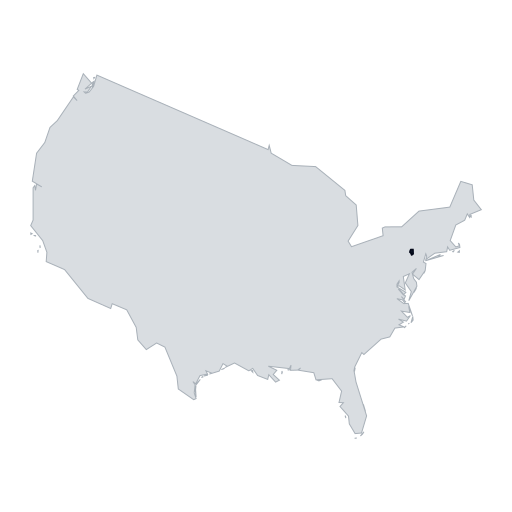 location of Lackawanna, Pennsylvania, United States of America
{"feature_id": "52423323B11679066299223", "entity_name": "Lackawanna", "entity_type": "district", "adm_level": 2, "iso_a3": "USA", "parent_name": "United States of America", "parent_adm1": "Pennsylvania", "projection": "orthographic", "projection_center": [-75.639, 41.402], "detail": "fine", "context": "in_parent", "style": "filled", "palette": "ink", "viewbox_px": 512, "rotation_deg": 0, "n_neighbors": 0, "source": "geoboundaries", "source_scale": "gbopen_adm2", "svg_char_len": 4067}
<svg xmlns="http://www.w3.org/2000/svg" viewBox="0 0 512 512"><path d="M419.0,211.1L449.8,207.1L460.8,181.4L472.2,184.8L473.8,200.1L481.3,209.7L469.9,214.4L469.5,217.3L467.3,213.9L464.7,220.2L455.8,225.0L450.2,240.6L455.8,246.9L459.4,245.8L458.3,243.0L459.5,244.3L459.9,247.5L449.7,250.3L447.6,246.9L446.7,251.7L434.8,253.2L425.8,259.5L426.7,256.1L425.8,253.8L423.4,262.1L426.0,263.5L425.2,270.5L419.0,279.6L412.5,274.1L416.4,268.4L412.0,272.3L413.7,278.6L416.4,282.2L416.9,286.2L408.8,300.7L411.3,291.6L405.3,282.9L409.4,273.8L403.3,276.5L405.2,290.0L399.3,285.9L397.3,286.3L399.2,282.1L399.1,280.8L397.0,284.1L396.9,286.9L405.9,292.3L403.8,294.6L399.8,289.9L398.3,289.1L403.3,294.8L405.5,295.9L404.1,299.3L401.4,296.6L405.6,301.8L404.6,302.5L402.5,299.9L396.9,298.6L403.8,303.6L408.2,303.4L412.5,315.9L408.7,306.3L409.8,312.5L401.4,311.1L407.4,317.3L410.4,315.6L406.5,321.1L398.5,319.1L403.4,322.1L399.0,324.8L404.0,326.9L394.9,328.1L389.8,336.9L381.1,339.1L363.9,354.5L361.8,352.6L354.7,367.0L354.0,370.6L356.0,382.0L366.6,415.9L361.5,433.0L355.1,433.6L349.3,423.9L348.5,416.1L340.0,406.5L343.4,402.7L339.0,402.5L341.6,391.1L332.1,378.7L316.0,379.8L313.8,372.7L298.4,370.2L300.6,367.9L297.6,370.1L290.5,370.3L291.0,365.1L289.4,368.6L268.3,366.2L276.8,370.3L273.2,374.5L279.4,380.2L275.6,382.1L268.8,374.7L267.7,379.4L257.6,375.5L252.7,368.4L248.8,370.8L234.5,363.0L224.8,367.6L227.3,366.3L223.0,363.6L219.2,371.1L209.3,374.1L211.7,373.1L205.9,370.8L207.5,374.0L200.0,375.6L195.7,383.8L192.9,381.6L195.1,384.7L194.2,392.9L196.1,398.6L193.7,399.7L178.3,389.0L176.9,376.1L164.9,347.1L156.6,343.0L146.3,349.6L137.8,339.9L136.2,327.4L126.7,309.8L112.2,303.7L110.7,308.5L87.9,298.4L64.6,269.6L46.2,261.6L46.9,252.3L42.7,240.6L30.7,225.6L33.1,220.1L33.1,187.8L34.8,185.5L35.5,190.3L36.6,184.0L41.8,186.9L32.3,181.2L36.6,153.2L44.8,142.5L50.0,127.4L57.3,120.6L73.4,96.9L77.1,100.6L73.3,96.0L78.8,90.4L77.2,89.4L83.3,73.7L91.6,83.2L85.0,89.1L91.5,86.2L87.4,92.1L84.1,91.9L85.6,93.3L89.1,92.1L93.6,86.4L96.9,75.1L268.1,149.6L269.2,145.4L271.2,153.2L291.9,165.4L315.6,166.6L344.9,190.4L345.7,195.7L356.2,205.0L357.9,225.5L348.1,241.1L351.5,246.7L383.1,235.7L382.3,228.1L385.0,226.9L401.7,226.8L419.0,211.1ZM438.5,256.5L443.6,255.5L425.4,260.8L440.4,254.5L438.5,256.5ZM93.9,81.4L92.8,86.2L92.3,86.7L92.3,82.5L93.9,81.4ZM196.1,397.1L195.1,389.4L196.0,385.4L195.6,389.7L196.1,397.1ZM471.1,214.9L471.2,217.2L470.4,216.8L471.1,214.9ZM252.6,370.6L252.8,372.3L251.3,370.7L252.6,370.6ZM33.6,235.4L35.6,235.6L35.6,236.0L33.6,235.4ZM32.1,233.7L30.9,234.4L30.8,233.0L32.1,233.7ZM454.4,250.4L453.1,251.9L452.7,251.6L454.4,250.4ZM197.9,382.0L196.1,384.9L200.3,379.4L197.9,382.0ZM363.5,404.8L365.5,411.4L363.1,404.2L363.5,404.8ZM40.1,245.9L40.1,248.0L39.9,245.9L40.1,245.9ZM362.6,434.0L360.4,436.0L363.9,431.8L362.6,434.0ZM413.1,320.1L411.0,322.7L412.8,316.4L413.1,320.1ZM94.6,77.4L93.9,78.5L93.7,77.5L94.6,77.4ZM207.3,375.3L203.9,376.0L207.5,374.9L207.3,375.3ZM459.4,250.8L459.3,252.4L457.8,252.1L459.4,250.8ZM38.1,250.4L37.9,252.7L37.8,250.5L38.1,250.4ZM202.9,377.0L201.4,377.5L202.8,376.5L202.9,377.0ZM416.0,289.0L413.9,292.5L416.4,287.6L416.0,289.0ZM223.6,368.8L221.3,369.6L224.7,368.1L223.6,368.8ZM355.0,368.8L354.5,371.5L354.3,369.5L355.0,368.8ZM404.8,327.4L404.0,327.9L406.2,325.8L404.8,327.4ZM321.7,379.8L318.9,380.9L317.9,380.5L321.7,379.8ZM289.5,369.7L289.0,370.1L287.5,369.7L289.5,369.7ZM345.5,416.1L345.8,418.1L345.1,415.7L345.5,416.1ZM282.3,372.4L281.7,374.1L282.0,371.0L282.3,372.4ZM356.1,438.2L354.6,438.3L356.7,437.9L356.1,438.2ZM424.7,271.8L423.7,273.5L425.0,271.0L424.7,271.8ZM409.4,323.2L408.5,323.8L408.3,323.8L409.4,323.2Z" fill="#d9dde1" stroke="#a8b0b8" stroke-width="1"/><path d="M409.8,252.0L409.9,252.3L410.2,252.5L410.6,252.9L411.1,253.0L411.0,253.4L411.2,253.5L411.2,253.8L411.4,253.9L411.4,254.7L411.5,254.8L411.8,255.0L412.3,254.3L412.5,254.3L412.6,254.2L412.9,254.1L413.2,253.9L413.1,252.0L413.1,250.7L413.0,249.5L411.4,249.5L410.8,249.5L410.7,249.6L410.3,250.3L410.1,250.9L410.4,251.1L409.8,252.0Z" fill="#0f172a" stroke="#020617" stroke-width="1.5"/></svg>